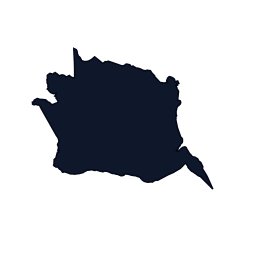 the district of Atzitzintla, Puebla, Mexico, rotated 107°
{"feature_id": "50627088B23219182894428", "entity_name": "Atzitzintla", "entity_type": "district", "adm_level": 2, "iso_a3": "MEX", "parent_name": "Mexico", "parent_adm1": "Puebla", "projection": "robinson", "projection_center": [-97.303, 18.944], "detail": "fine", "context": "isolated", "style": "filled", "palette": "ink", "viewbox_px": 256, "rotation_deg": 107, "n_neighbors": 0, "source": "geoboundaries", "source_scale": "gbopen_adm2", "svg_char_len": 5785}
<svg xmlns="http://www.w3.org/2000/svg" viewBox="0 0 256 256"><g transform="rotate(107 128 128)"><path d="M175.9,128.7L175.6,128.4L175.5,127.8L175.6,127.0L175.7,126.5L175.6,125.4L175.4,124.9L175.4,124.2L175.5,123.2L175.7,120.7L175.5,120.0L174.8,118.8L174.6,118.4L174.2,118.0L173.2,117.8L172.8,117.1L172.5,116.2L172.2,114.4L172.1,112.6L172.2,111.3L171.9,109.6L171.9,108.9L171.6,107.7L171.5,107.1L171.5,105.7L171.6,103.6L171.5,103.0L171.6,102.4L171.9,101.6L172.7,100.7L172.7,100.1L172.9,99.8L173.0,99.6L173.4,99.4L173.6,99.2L173.7,98.4L174.2,97.3L174.3,95.9L174.2,94.6L174.0,92.9L172.9,90.5L172.5,88.7L172.0,88.5L171.7,88.2L170.8,87.4L170.1,86.5L169.4,85.3L169.4,84.4L160.8,75.8L157.5,71.9L151.3,66.2L148.3,64.6L144.9,63.0L144.9,62.5L145.4,61.8L146.2,60.8L146.4,60.4L146.8,59.9L148.2,59.0L150.5,55.1L150.8,54.2L150.9,53.1L151.3,51.9L151.6,51.2L152.0,49.6L152.5,48.6L153.3,45.7L153.0,45.0L153.0,44.7L153.4,44.3L161.6,29.0L151.1,38.2L147.9,41.7L145.7,44.4L145.0,44.9L143.0,45.2L142.5,45.8L141.8,46.3L141.3,46.9L140.2,47.8L139.6,48.4L139.1,50.2L138.9,50.7L137.3,52.1L136.8,53.4L136.7,54.2L136.5,54.7L136.3,55.8L136.5,56.7L136.6,57.5L136.3,58.5L135.2,60.1L134.2,62.1L134.0,62.3L133.6,62.5L133.2,63.2L132.3,63.9L131.1,65.5L130.0,66.4L129.6,66.9L129.4,67.9L129.6,68.6L130.6,70.1L132.8,71.6L133.3,71.8L133.9,72.1L134.2,72.3L135.1,72.8L135.3,73.0L135.3,73.3L135.5,73.4L135.6,73.7L135.5,74.8L135.7,75.1L135.6,75.3L135.4,75.3L134.9,75.0L134.7,74.5L133.9,74.1L131.9,74.1L131.4,73.8L131.0,73.8L129.9,73.2L129.7,73.0L128.9,73.3L126.3,72.0L125.8,71.9L124.8,72.0L122.5,72.8L121.9,73.4L121.6,74.2L121.0,75.1L113.3,80.8L108.0,83.7L105.7,84.9L104.7,84.9L103.6,85.5L102.9,85.4L102.6,85.2L102.0,85.1L100.7,86.0L99.3,86.5L98.1,86.9L96.1,87.0L95.2,87.2L93.4,87.1L92.0,86.4L91.1,85.7L89.9,85.1L88.7,85.0L88.0,85.1L86.8,85.9L86.7,88.7L78.1,90.4L76.9,91.7L77.1,91.8L76.7,92.3L76.6,92.2L76.2,92.6L75.1,93.1L74.8,93.4L74.7,93.8L73.9,94.0L73.4,94.6L72.9,93.9L72.6,93.2L72.3,93.4L71.8,94.1L70.6,92.4L68.5,94.2L70.0,96.7L69.6,97.0L68.8,97.2L68.1,97.6L67.7,98.0L67.2,99.0L66.9,100.2L66.7,101.1L66.7,103.2L67.1,103.6L67.3,104.0L67.8,104.2L68.2,104.5L68.8,104.7L69.8,104.6L70.1,104.8L70.6,104.7L71.1,104.9L72.3,104.4L72.7,103.7L72.9,103.6L73.8,105.7L74.2,106.1L74.5,106.2L74.6,106.5L74.6,108.1L75.1,110.6L74.9,111.0L70.9,117.8L70.6,117.7L70.3,117.8L68.5,121.1L66.6,123.4L67.1,125.8L67.0,126.2L67.6,127.3L67.9,127.5L68.2,128.6L68.3,129.2L68.5,129.6L68.4,130.2L68.2,131.2L68.1,132.4L68.0,132.9L67.9,133.2L68.0,133.6L67.8,134.2L68.0,134.6L67.9,134.7L67.9,135.2L68.0,136.2L67.9,136.4L68.1,136.9L68.3,137.1L68.2,137.9L68.4,138.3L67.9,138.8L67.9,139.0L68.2,139.3L68.2,139.5L67.9,139.7L68.1,139.9L68.0,140.2L68.1,140.5L67.8,141.0L67.3,141.1L67.4,141.5L67.9,142.1L68.0,142.7L68.2,143.0L67.7,144.0L67.0,144.6L67.2,147.9L67.9,149.0L68.7,149.4L69.5,150.1L70.1,151.2L70.4,152.0L70.2,156.7L69.9,165.5L69.9,166.3L70.3,167.1L70.6,167.3L71.0,167.6L71.1,169.1L71.5,169.5L73.3,170.6L73.4,171.0L73.5,171.3L69.7,180.7L73.4,183.1L74.7,184.5L76.0,185.8L76.0,186.1L77.3,189.2L77.1,191.0L77.3,191.5L77.2,192.0L76.9,192.7L76.6,192.9L76.2,192.8L74.6,194.5L73.7,196.5L73.3,196.9L72.3,197.6L71.4,198.4L70.3,198.7L70.1,199.0L69.2,199.4L68.8,199.7L68.2,200.4L67.8,203.1L80.6,198.5L87.5,196.2L95.4,193.8L95.6,194.2L96.2,194.8L96.0,195.1L96.0,196.6L95.5,198.2L94.9,199.5L96.8,201.4L97.0,201.8L97.0,202.3L96.4,204.4L96.3,206.2L96.7,207.0L97.3,207.2L97.2,207.5L97.4,208.1L98.2,209.3L97.8,209.9L97.2,211.0L96.3,213.9L96.8,214.2L97.1,214.8L98.4,215.1L98.5,218.1L98.7,218.7L99.0,219.1L100.0,219.6L100.6,220.2L101.2,220.5L101.4,220.5L101.9,220.4L102.6,220.0L104.2,219.6L104.9,219.5L105.6,219.7L105.9,219.6L105.9,219.2L106.2,218.8L107.6,218.9L108.8,218.3L108.9,217.7L109.6,217.6L110.9,216.7L111.6,216.8L111.8,216.0L114.3,216.6L114.4,215.9L115.5,214.5L116.4,213.0L116.7,212.4L116.8,211.6L117.0,209.5L116.8,208.9L116.7,208.3L115.8,206.5L116.5,206.6L117.9,206.8L118.9,207.4L119.3,205.9L119.9,205.5L120.6,205.5L120.7,205.4L121.2,204.4L121.9,203.8L122.1,203.3L122.5,203.0L123.0,202.6L123.3,202.6L124.1,202.8L124.6,203.0L124.8,203.3L125.5,204.4L126.6,205.6L127.3,206.7L127.8,207.2L128.0,207.5L127.9,208.3L127.3,208.9L126.6,210.5L126.4,211.5L126.5,212.1L126.5,212.7L125.8,213.4L125.2,214.8L125.2,215.2L125.3,216.2L125.6,217.2L125.7,218.3L126.1,219.4L126.2,219.9L126.4,220.7L126.3,222.3L126.3,222.9L126.4,223.5L126.6,223.8L127.2,224.1L127.7,224.8L128.7,225.7L129.1,225.8L130.7,226.2L131.3,227.0L131.7,226.7L131.9,226.6L133.1,226.3L133.2,226.1L133.3,225.6L133.2,224.9L133.1,224.4L133.0,224.0L132.3,223.0L132.3,222.5L132.5,221.6L132.2,220.4L132.2,219.8L132.2,219.3L132.4,219.0L135.0,216.5L155.9,194.5L157.9,192.0L159.8,190.7L161.1,190.1L161.8,190.1L163.2,190.4L164.5,190.5L165.2,190.1L166.3,189.1L167.3,188.7L170.3,188.5L169.6,187.4L171.6,187.2L172.4,188.4L177.7,188.2L178.6,188.4L178.6,188.7L179.7,189.4L184.3,188.2L185.0,188.4L185.3,188.3L185.5,187.8L186.0,187.4L186.0,187.0L185.9,186.6L186.4,185.7L186.4,185.4L186.3,185.1L186.0,184.1L185.8,183.5L185.9,183.2L186.5,182.9L186.9,182.1L187.3,181.5L187.4,181.2L187.2,180.9L187.3,180.7L187.8,180.0L188.0,179.3L188.4,178.9L188.6,178.8L188.9,178.2L189.4,177.8L189.4,177.3L189.2,176.9L188.5,176.2L188.5,174.0L188.4,173.7L188.4,173.0L188.6,172.6L188.5,171.7L188.5,171.2L188.7,170.5L188.6,169.0L188.1,167.9L188.0,166.8L187.7,165.6L187.3,164.5L186.4,162.7L185.8,161.2L185.2,160.3L183.7,157.8L183.4,157.6L182.2,156.7L181.2,155.5L180.5,154.9L180.2,154.5L179.3,152.0L178.5,150.9L178.5,150.5L178.4,147.7L178.1,146.9L177.5,146.4L177.5,146.0L177.4,145.2L177.5,143.9L177.4,143.4L177.5,142.1L177.5,141.7L177.2,140.8L177.2,140.4L177.3,140.1L177.2,139.2L176.3,138.1L176.0,137.5L175.7,136.0L175.6,135.0L175.6,133.4L175.8,132.5L175.8,132.0L176.0,130.9L176.0,129.2L175.9,128.7Z" fill="#0f172a" stroke="#020617" stroke-width="1.5"/></g></svg>